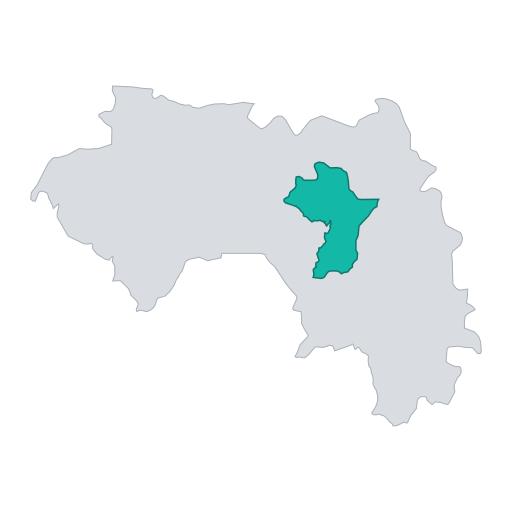 Kouroussa highlighted on a map of Guinea
{"feature_id": "GIN-5647", "entity_name": "Kouroussa", "entity_type": "Prefecture", "adm_level": 1, "iso_a3": "GIN", "parent_name": "Guinea", "parent_adm1": "", "projection": "orthographic", "projection_center": [-10.311, 10.531], "detail": "fine", "context": "in_parent", "style": "filled", "palette": "teal", "viewbox_px": 512, "rotation_deg": 0, "n_neighbors": 0, "source": "natural_earth", "source_scale": "10m", "svg_char_len": 6974}
<svg xmlns="http://www.w3.org/2000/svg" viewBox="0 0 512 512"><path d="M321.4,347.4L316.7,346.7L314.6,347.6L308.3,355.0L304.5,357.9L298.7,357.0L296.6,357.5L295.0,356.6L297.2,352.6L300.2,344.6L307.9,336.5L308.0,334.8L304.9,330.0L301.6,323.6L301.6,316.7L301.0,311.7L294.2,310.3L292.9,309.4L292.8,307.8L296.6,299.1L296.9,297.4L296.4,295.8L292.2,291.4L285.7,283.3L274.6,266.5L270.4,262.9L266.4,257.8L264.9,254.6L260.8,253.4L221.8,253.4L221.0,257.8L207.6,260.7L199.3,257.2L190.1,259.1L185.6,261.3L182.1,271.1L180.1,273.2L178.1,277.5L176.3,279.9L174.3,284.8L169.8,291.6L165.2,296.0L157.4,298.3L154.9,305.5L153.0,308.2L150.0,310.3L146.8,311.6L140.4,310.2L136.8,311.5L136.2,309.6L138.3,303.9L136.7,300.9L130.6,294.9L130.0,292.0L128.2,288.3L120.2,280.6L112.7,281.0L114.8,274.6L114.8,266.1L112.3,261.4L113.0,256.6L111.6,256.9L109.1,260.2L105.0,259.1L96.8,253.9L92.8,248.9L92.4,244.8L91.4,243.1L88.9,244.0L83.8,243.8L68.2,236.2L57.3,217.3L57.2,213.1L58.9,205.8L58.5,203.8L53.3,208.6L52.4,205.3L48.6,197.8L47.6,193.4L43.8,191.5L40.9,191.1L38.5,192.5L35.3,201.2L33.1,201.1L30.7,199.2L31.3,192.7L37.4,184.5L47.8,164.0L51.5,159.3L53.7,157.7L58.5,157.5L67.8,154.9L79.2,148.6L87.9,149.2L98.2,148.5L111.6,144.3L111.9,130.3L111.5,127.3L106.8,124.4L104.1,122.0L101.7,118.9L98.9,116.6L99.0,114.3L105.0,111.4L110.4,111.5L112.2,110.4L113.6,108.4L115.2,103.5L115.8,98.2L112.3,91.0L112.6,86.0L132.2,86.9L142.9,88.4L151.7,88.9L153.1,90.1L151.8,94.9L152.9,97.8L155.9,98.6L160.8,95.3L163.4,96.0L168.9,100.3L174.0,101.5L179.5,103.9L184.8,105.2L189.4,105.0L193.0,107.4L199.5,108.2L208.0,105.3L214.6,104.0L224.0,103.7L228.8,104.7L243.1,102.4L254.2,103.8L252.5,105.4L247.3,116.5L247.9,118.5L259.3,127.9L262.0,128.7L265.1,127.4L270.0,123.0L273.8,118.3L277.6,116.1L281.9,116.2L285.4,119.5L293.4,133.5L295.5,135.3L297.4,135.2L301.0,132.6L302.8,129.6L310.3,120.4L321.9,115.8L349.5,126.3L353.5,127.1L355.9,126.3L359.3,120.1L369.7,114.7L374.7,113.2L377.5,113.0L378.6,111.3L379.1,108.8L378.6,106.2L375.3,101.4L375.2,100.0L377.1,99.1L381.0,98.4L386.1,98.9L391.9,100.9L396.6,103.8L399.3,107.3L404.6,122.1L410.4,133.6L410.3,149.1L412.9,150.6L415.7,151.3L417.0,152.5L419.9,158.9L422.6,160.7L425.8,161.1L431.8,165.2L435.6,166.8L436.2,168.0L436.0,169.7L434.6,171.8L428.8,176.1L426.0,179.8L420.1,188.6L420.0,190.3L421.2,191.4L423.7,191.6L426.3,191.0L431.7,187.8L435.9,188.9L440.0,191.3L441.6,193.9L442.0,197.2L441.1,201.5L441.0,206.3L442.4,214.5L444.6,222.6L446.7,225.6L460.5,232.7L461.8,235.4L462.5,238.5L461.6,242.6L460.2,245.0L452.7,251.4L451.6,254.5L452.2,260.1L452.9,284.1L455.9,288.1L459.4,290.2L467.7,289.0L467.5,295.6L466.4,303.1L471.3,305.4L473.7,307.6L475.1,309.7L467.5,313.8L465.3,316.1L464.3,322.3L464.6,328.1L474.8,332.1L478.8,336.9L480.6,341.9L481.3,351.3L480.4,353.5L477.7,353.5L472.5,347.8L464.6,347.3L458.7,346.2L448.8,347.0L447.1,348.8L446.0,361.3L448.4,363.4L453.1,365.8L456.2,366.7L458.8,366.4L460.8,368.0L461.2,372.1L459.9,375.1L457.3,378.0L454.1,385.2L454.8,391.9L449.3,402.5L447.7,404.6L440.3,402.5L435.5,401.8L432.1,404.6L427.2,400.4L426.3,397.2L424.6,396.6L421.4,396.6L418.4,398.4L417.1,401.7L416.4,408.5L411.1,415.0L407.3,423.0L402.9,422.3L401.9,423.3L397.3,425.4L393.2,426.0L392.2,423.8L389.8,422.1L387.2,418.7L384.2,416.0L378.6,414.1L376.3,414.9L373.7,414.7L371.9,413.7L372.1,412.0L375.1,407.8L376.8,404.0L377.7,399.8L377.7,395.8L376.1,390.1L373.5,385.7L372.9,383.1L373.2,379.4L372.6,376.0L371.8,374.2L370.5,367.7L369.0,366.5L368.2,361.3L368.4,355.9L366.2,353.9L362.8,352.5L360.7,350.4L359.5,348.0L358.2,347.4L357.2,347.5L356.2,349.0L355.0,349.3L353.0,344.3L352.2,344.1L350.8,345.2L334.8,350.8L332.8,346.1L329.7,345.2L324.5,347.1L321.4,347.4Z" fill="#d9dde1" stroke="#a8b0b8" stroke-width="1"/><path d="M341.5,273.8L339.2,271.9L337.4,271.1L336.9,271.0L333.6,270.9L330.5,271.0L329.5,271.2L328.8,271.5L328.6,271.6L328.4,271.7L327.6,272.4L326.1,274.3L324.8,276.5L324.1,277.2L323.8,277.5L323.2,277.8L322.1,278.2L321.5,278.3L321.0,278.4L313.1,277.4L313.6,275.9L313.8,274.4L313.8,273.5L313.3,270.5L313.3,269.8L313.4,269.4L313.5,269.1L313.7,268.9L314.0,268.7L314.6,268.4L315.1,267.7L315.3,267.5L316.0,267.3L316.3,267.0L316.3,266.8L316.1,266.6L316.0,266.3L315.8,266.0L315.8,265.5L315.9,263.5L316.0,262.9L316.3,262.5L316.6,262.4L317.4,262.3L317.8,262.2L318.0,262.0L318.8,260.7L319.0,260.2L319.0,259.7L319.0,259.4L318.6,258.9L318.4,258.3L318.1,257.7L317.9,257.4L317.8,256.3L317.7,255.9L317.1,254.6L317.0,253.9L317.0,253.5L317.1,253.3L317.2,253.0L317.5,252.6L318.0,252.1L318.3,251.8L318.7,251.1L318.8,250.6L318.8,250.1L318.8,248.7L318.9,248.2L319.1,247.9L319.4,247.9L320.1,248.0L320.4,247.9L320.6,247.8L320.9,247.6L321.1,247.4L321.3,247.1L321.5,246.9L321.7,246.7L322.4,246.2L323.7,244.2L324.0,243.9L324.5,243.6L324.9,243.3L325.3,242.8L325.8,241.8L325.9,241.3L325.9,240.8L325.8,240.5L325.5,240.0L325.3,239.8L325.0,239.2L324.7,238.2L324.6,237.9L324.5,237.5L324.5,236.8L324.8,235.0L324.7,234.4L324.7,234.0L324.6,233.4L324.7,233.1L325.0,232.9L326.3,233.3L327.1,233.3L327.5,233.3L327.9,233.1L328.3,232.5L330.3,228.5L330.5,227.8L330.4,227.5L330.2,227.3L330.0,227.0L329.9,226.6L329.9,225.9L330.0,225.5L330.3,225.1L330.7,224.7L331.2,224.0L331.2,223.5L331.1,223.2L330.9,222.9L330.8,222.7L330.7,222.4L330.5,220.7L330.2,220.5L329.7,220.8L329.8,221.9L329.6,222.9L329.2,223.3L327.8,224.4L327.3,224.6L327.1,224.8L327.1,225.3L327.0,225.7L326.5,226.0L326.3,225.7L325.9,224.5L325.6,224.0L324.3,222.9L324.2,222.4L325.0,221.7L324.2,221.4L322.5,221.5L321.6,221.2L321.0,220.8L320.6,220.4L320.1,220.2L317.8,220.8L317.3,220.8L316.1,220.8L314.3,220.6L313.7,220.4L313.5,220.9L313.2,221.3L312.8,221.6L312.2,221.7L311.7,221.8L310.9,220.9L310.6,220.7L309.9,220.3L307.1,217.2L306.7,216.9L306.3,216.7L305.9,216.5L304.5,216.4L304.2,216.4L303.9,216.2L303.7,215.9L303.5,215.6L303.4,215.1L303.5,214.5L303.5,214.1L303.3,213.6L302.9,213.0L302.2,212.1L300.6,210.7L300.4,210.4L299.6,209.0L299.4,208.6L299.1,208.4L297.6,207.7L297.3,207.4L296.7,206.7L296.4,206.4L296.0,206.3L295.2,206.3L294.8,206.2L294.5,206.0L294.1,205.6L285.9,203.0L285.1,202.5L284.6,201.9L284.2,201.3L284.0,200.8L283.9,200.2L284.0,199.6L284.3,199.1L285.9,198.0L286.7,197.5L287.3,197.3L288.0,197.1L288.4,196.8L288.8,196.1L289.4,194.7L289.8,193.0L290.0,192.6L290.3,192.1L291.1,191.2L291.3,191.1L291.9,190.8L292.2,190.6L292.6,190.3L293.0,189.7L293.6,189.1L294.2,188.8L294.5,188.7L294.8,188.3L295.3,187.6L296.2,185.4L296.3,184.9L295.8,184.1L295.8,179.6L296.3,176.9L299.1,176.5L302.2,178.1L303.2,179.8L305.2,180.3L310.8,180.3L315.8,180.1L317.7,178.3L317.7,174.4L314.3,166.3L315.1,163.7L319.0,162.1L323.8,163.0L330.1,167.9L336.8,167.7L341.1,168.4L343.1,170.6L346.3,172.3L347.2,174.7L348.3,181.1L348.9,188.7L350.3,190.6L352.7,191.9L354.9,195.1L357.7,199.0L360.8,199.5L378.7,199.3L377.5,201.9L377.1,204.0L376.9,206.6L373.8,208.3L371.6,211.1L368.5,215.8L361.9,222.7L359.0,226.0L358.1,235.6L355.9,240.6L355.9,250.3L357.6,253.1L357.0,259.3L354.7,261.2L352.5,264.0L352.3,267.3L350.1,268.8L347.9,271.8L343.5,272.6L341.5,273.8Z" fill="#14b8a6" stroke="#0f766e" stroke-width="1.5"/></svg>